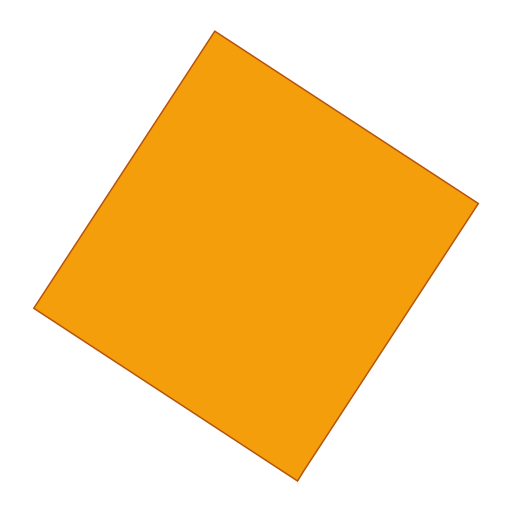 Sheridan, Kansas, United States of America (Robinson projection), rotated 123°
{"feature_id": "52423323B35369935479840", "entity_name": "Sheridan", "entity_type": "district", "adm_level": 2, "iso_a3": "USA", "parent_name": "United States of America", "parent_adm1": "Kansas", "projection": "robinson", "projection_center": [-100.445, 39.35], "detail": "fine", "context": "isolated", "style": "filled", "palette": "amber", "viewbox_px": 512, "rotation_deg": 123, "n_neighbors": 0, "source": "geoboundaries", "source_scale": "gbopen_adm2", "svg_char_len": 237}
<svg xmlns="http://www.w3.org/2000/svg" viewBox="0 0 512 512"><g transform="rotate(123 256 256)"><path d="M89.9,413.0L420.9,413.9L422.1,98.6L411.0,98.9L90.9,98.1L89.9,413.0Z" fill="#f59e0b" stroke="#b45309" stroke-width="1.5"/></g></svg>